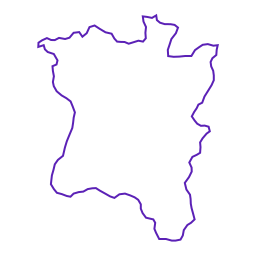 the district of Astolfo Dutra, Minas Gerais, Brazil
{"feature_id": "56859067B65913887503429", "entity_name": "Astolfo Dutra", "entity_type": "district", "adm_level": 2, "iso_a3": "BRA", "parent_name": "Brazil", "parent_adm1": "Minas Gerais", "projection": "mercator", "projection_center": [-42.877, -21.322], "detail": "fine", "context": "isolated", "style": "outline", "palette": "violet", "viewbox_px": 256, "rotation_deg": 0, "n_neighbors": 0, "source": "geoboundaries", "source_scale": "gbopen_adm2", "svg_char_len": 1945}
<svg xmlns="http://www.w3.org/2000/svg" viewBox="0 0 256 256"><path d="M156.2,15.4L152.0,17.9L147.0,16.9L142.8,16.4L143.5,21.6L146.0,27.0L145.4,32.8L145.8,38.3L143.0,41.6L138.4,40.7L133.6,42.2L128.7,43.7L124.6,42.0L120.8,41.9L117.1,41.6L114.4,38.6L111.6,33.7L105.5,32.3L99.8,28.9L94.6,25.5L89.5,27.1L86.7,33.2L82.4,36.7L79.2,32.1L73.6,32.8L69.5,37.7L65.1,39.0L59.0,37.9L54.8,40.1L51.1,40.0L46.9,38.1L42.1,40.3L38.5,42.7L38.3,46.9L43.7,45.2L44.9,49.3L47.7,52.0L53.8,54.0L57.5,60.4L56.5,64.5L52.5,66.2L52.9,70.9L53.9,76.3L52.9,82.0L53.8,86.2L56.7,91.3L61.6,95.4L66.4,98.2L70.6,101.4L72.7,106.5L74.9,112.4L73.7,117.6L73.1,122.8L72.3,128.0L69.5,134.7L66.8,141.3L64.9,147.6L63.0,155.8L57.9,159.9L54.8,164.3L53.5,169.8L51.9,175.4L50.9,184.2L53.9,189.1L56.9,192.8L61.8,194.1L66.8,196.0L70.5,196.7L73.6,193.6L78.7,192.1L83.3,191.6L87.7,189.1L92.2,188.3L95.9,188.1L99.8,190.6L105.2,193.6L110.1,196.4L114.4,197.9L119.4,194.3L125.0,193.6L130.2,195.4L134.6,197.3L138.2,199.8L140.8,204.3L140.8,208.7L142.6,213.1L146.0,217.7L153.3,219.4L155.2,222.8L154.4,228.8L156.0,232.7L159.2,239.0L166.0,239.0L171.8,240.6L175.5,240.6L180.5,239.6L182.8,235.5L183.8,230.1L187.4,225.0L191.0,222.8L194.6,219.4L193.2,214.0L191.6,208.2L190.8,203.8L190.6,199.0L190.0,194.7L186.4,189.5L184.8,182.9L189.0,177.1L191.7,171.6L191.6,167.6L189.3,162.5L192.4,156.9L196.8,154.8L200.1,152.8L200.5,147.1L200.1,142.4L202.6,138.3L206.6,133.6L209.8,131.3L208.6,126.7L204.7,125.6L200.9,125.8L197.2,123.7L194.6,120.5L191.8,116.4L194.2,111.9L196.7,108.2L198.4,104.6L202.2,102.7L204.5,96.5L208.2,90.6L211.6,85.1L213.8,80.2L213.8,75.4L213.2,70.8L211.2,66.4L210.6,62.0L212.4,58.2L216.3,55.0L216.7,49.7L217.7,45.2L213.4,45.7L207.8,44.1L202.7,44.8L199.2,47.1L195.0,50.1L191.4,56.0L185.2,56.0L179.2,56.6L173.6,56.8L168.2,56.1L167.8,49.9L169.4,45.2L171.4,39.0L175.9,33.2L178.0,27.6L174.6,24.9L170.6,24.2L164.6,24.1L160.0,22.7L156.9,20.1L156.2,15.4Z" fill="none" stroke="#5b21b6" stroke-width="2"/></svg>